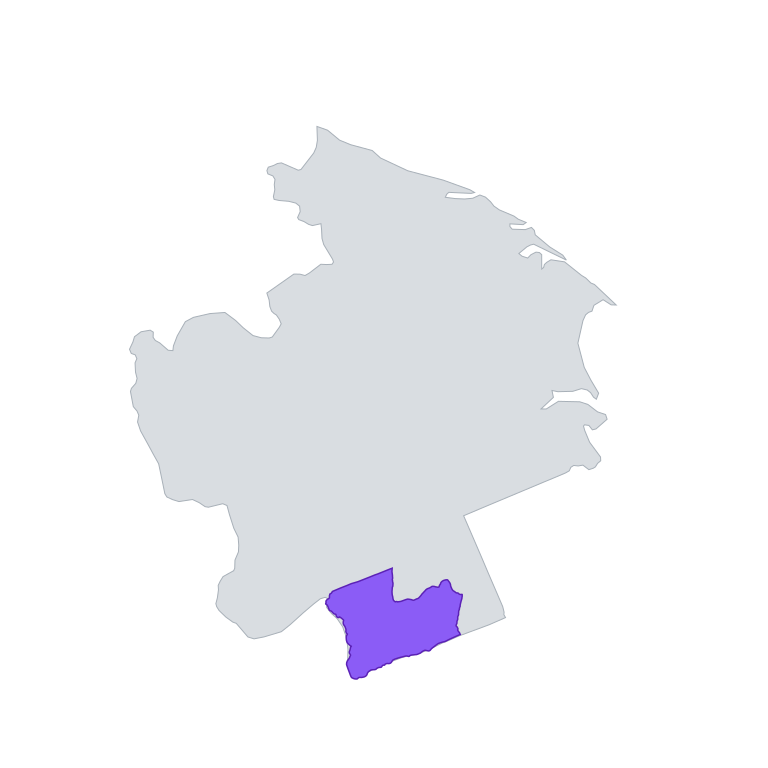 Haut-Ntem, Wouleu-Ntem, Gabon (highlighted), rotated 157°
{"feature_id": "22940354B67631152101375", "entity_name": "Haut-Ntem", "entity_type": "district", "adm_level": 2, "iso_a3": "GAB", "parent_name": "Gabon", "parent_adm1": "Wouleu-Ntem", "projection": "orthographic", "projection_center": [12.589, 1.764], "detail": "fine", "context": "in_parent", "style": "filled", "palette": "violet", "viewbox_px": 768, "rotation_deg": 157, "n_neighbors": 0, "source": "geoboundaries", "source_scale": "gbopen_adm2", "svg_char_len": 7841}
<svg xmlns="http://www.w3.org/2000/svg" viewBox="0 0 768 768"><g transform="rotate(157 384 384)"><path d="M528.0,133.2L527.6,139.2L520.9,153.7L517.7,164.8L516.9,176.7L518.8,186.3L522.0,193.1L524.1,200.6L522.5,205.8L519.3,208.0L521.5,210.6L526.4,211.2L534.7,209.0L547.5,205.0L564.2,199.2L575.3,196.1L593.4,198.1L603.2,200.2L608.1,204.3L613.5,221.4L616.2,223.9L620.6,231.2L624.3,239.9L625.0,244.4L624.6,247.5L620.9,252.3L616.8,259.2L615.3,263.4L611.8,266.5L607.4,269.6L595.3,270.9L593.4,272.7L590.0,280.1L583.6,286.3L580.7,292.3L578.1,300.1L578.6,309.9L577.3,324.0L576.0,333.5L579.2,336.8L593.8,339.2L596.6,341.0L600.4,346.9L605.4,352.5L618.7,355.9L623.8,360.2L628.0,364.8L628.6,368.6L625.5,383.9L622.6,398.6L623.8,409.7L624.8,420.4L626.4,435.9L625.7,445.3L621.9,451.1L621.9,455.6L623.6,461.1L620.3,476.2L618.2,478.7L612.2,481.6L609.1,485.6L608.1,492.0L604.9,500.7L601.6,503.9L601.6,508.0L604.7,510.9L604.7,515.4L598.7,520.8L595.2,525.0L587.2,527.0L578.2,524.9L576.1,521.9L578.3,517.2L577.5,513.4L574.4,509.5L569.5,499.4L565.3,497.2L562.9,501.4L555.5,509.1L542.5,519.0L533.4,519.8L516.6,516.8L502.5,512.0L495.8,500.5L491.7,490.9L485.7,479.8L478.9,474.5L471.7,471.2L468.5,470.9L458.2,477.1L455.1,479.6L455.1,484.7L456.1,489.6L457.7,491.9L459.0,495.0L458.8,499.9L456.9,506.3L456.3,513.5L424.0,520.4L418.4,517.9L414.3,514.7L409.4,515.3L395.4,518.9L390.2,516.4L385.1,514.5L382.8,516.0L382.6,519.1L385.0,535.9L384.2,542.2L381.1,550.6L379.4,556.2L388.0,557.8L391.1,560.5L394.1,564.7L398.2,568.6L398.5,571.0L393.8,575.4L392.2,580.7L394.5,585.0L400.3,589.4L408.8,593.9L413.0,596.9L412.6,599.7L408.6,605.5L407.1,610.4L404.4,614.9L405.0,619.0L408.8,622.8L408.4,626.2L405.8,628.8L400.5,628.3L396.0,628.6L392.0,627.6L379.4,614.3L376.6,613.9L358.4,624.1L353.9,628.3L350.1,634.3L345.1,647.3L336.8,639.7L329.6,625.8L321.2,617.3L303.6,603.5L298.9,593.4L278.8,571.0L249.9,548.6L229.0,529.2L225.8,524.9L229.3,525.4L249.5,535.1L252.2,534.1L254.6,531.9L245.9,526.8L237.5,522.8L229.7,520.3L221.9,520.5L217.6,516.4L214.7,510.1L213.3,504.8L209.8,499.2L198.7,487.7L196.0,483.2L190.0,477.1L193.6,476.3L205.5,482.2L206.6,479.8L205.5,476.4L193.6,470.9L187.1,470.5L185.6,466.7L186.5,462.2L177.9,445.4L169.1,432.8L167.7,426.8L191.6,454.2L194.8,454.7L199.0,454.4L208.9,451.4L207.0,447.7L202.5,443.8L198.2,445.6L192.6,446.0L189.6,444.3L188.3,441.5L193.9,428.2L191.5,428.9L189.7,431.3L186.6,432.4L181.8,433.1L170.1,425.9L159.7,406.7L156.9,402.8L154.1,396.1L151.4,393.4L139.4,366.0L144.0,368.1L149.4,376.0L160.0,374.4L164.1,369.8L167.7,370.0L171.4,368.9L176.1,364.6L189.6,345.8L193.2,321.0L192.0,306.3L190.0,291.7L194.5,287.0L196.3,290.1L197.2,295.3L199.3,299.1L204.1,302.6L213.1,303.5L227.0,309.0L231.9,312.4L233.3,305.5L249.2,299.7L244.4,297.6L230.2,299.9L210.7,291.1L204.3,285.5L198.3,274.9L192.0,269.3L192.4,264.4L206.4,259.8L210.1,260.4L211.6,265.8L215.4,268.1L216.8,267.3L217.4,262.7L217.5,250.1L213.2,232.2L214.5,228.7L218.4,227.5L221.8,225.1L224.2,224.7L228.9,225.1L231.3,229.3L232.6,231.6L237.3,232.7L241.2,234.9L244.6,234.3L247.4,231.7L251.6,231.2L264.3,231.2L275.8,231.3L298.8,231.4L321.8,231.5L344.8,231.6L362.2,231.6L362.1,221.4L362.0,205.6L361.9,186.9L361.9,168.9L361.8,152.3L361.7,132.7L362.6,127.1L363.8,124.8L363.4,121.5L381.2,121.3L413.4,122.8L427.5,122.6L431.5,122.8L449.1,121.9L463.3,123.1L469.4,124.5L474.9,125.2L491.9,126.0L514.2,125.0L521.8,125.2L526.0,127.9L528.0,133.2Z" fill="#d9dde1" stroke="#a8b0b8" stroke-width="1"/><path d="M394.3,159.7L394.5,159.9L395.1,160.1L395.9,160.4L396.4,160.7L396.9,161.2L397.1,161.8L397.2,162.1L397.7,162.8L398.2,163.0L399.1,163.5L399.6,164.4L400.0,165.1L400.5,165.9L401.0,166.5L401.4,167.6L401.6,168.8L401.6,170.1L401.6,171.2L401.5,172.3L401.2,173.2L401.1,174.2L401.1,175.1L401.4,176.6L401.7,177.7L401.9,178.6L402.2,179.0L403.1,179.4L403.8,179.6L405.1,179.8L406.2,179.9L407.8,179.6L409.0,179.1L409.8,178.4L410.3,177.7L411.5,177.1L411.9,176.6L412.3,176.1L412.6,175.8L413.0,175.7L413.9,175.9L414.6,176.4L415.7,177.1L416.5,177.8L417.5,178.4L418.2,178.7L418.7,178.9L419.5,178.9L420.4,178.6L421.9,178.5L424.2,178.6L425.9,178.2L426.8,177.7L428.0,177.2L429.5,176.5L431.0,175.9L432.6,174.9L433.6,174.4L434.7,173.9L435.9,173.4L436.7,173.3L437.4,173.4L438.3,173.4L439.1,173.4L440.6,173.3L441.6,173.5L442.2,174.0L442.9,174.7L444.1,175.5L445.4,176.3L446.4,176.8L448.0,177.0L449.7,177.1L451.7,177.2L453.4,177.3L454.2,177.5L455.3,177.8L456.6,178.1L457.0,178.6L457.5,178.9L458.2,179.0L458.8,179.1L459.3,180.0L459.8,181.2L459.6,182.9L459.1,184.8L458.8,186.7L458.4,188.0L457.7,189.9L456.6,192.0L455.7,193.7L454.9,194.4L454.4,195.4L454.1,196.0L453.5,197.3L453.4,198.4L453.0,199.6L452.7,200.9L451.9,201.9L451.5,203.2L450.9,204.8L450.4,206.7L449.9,208.4L448.4,211.3L453.1,211.4L458.9,211.5L464.2,211.6L466.7,211.8L473.0,211.9L485.2,212.2L488.7,212.6L492.1,213.0L496.7,213.0L503.8,213.2L510.9,213.2L512.6,213.2L513.3,212.6L514.3,212.0L515.9,211.8L516.4,211.1L516.9,210.5L517.2,209.8L517.5,209.1L517.8,208.5L518.4,208.2L519.3,208.0L520.2,207.9L521.2,207.5L521.8,207.2L522.3,206.7L522.6,205.9L522.8,205.3L523.5,204.6L523.5,204.0L523.2,203.7L522.7,202.8L522.6,201.9L522.6,200.3L522.7,198.9L522.7,197.3L522.3,196.4L521.6,195.9L521.1,195.2L520.8,194.3L520.4,193.2L520.0,192.2L519.6,191.7L518.9,191.3L518.3,190.7L518.5,189.7L518.6,188.8L518.4,188.1L518.0,187.4L517.3,186.8L516.8,186.6L516.2,187.0L515.8,186.8L515.5,186.4L515.2,185.9L514.8,185.3L514.4,184.5L514.0,183.7L513.6,182.9L513.5,182.4L513.7,181.9L514.1,181.5L514.6,180.7L514.9,180.0L515.1,179.3L515.2,178.6L515.1,177.7L514.9,177.1L514.8,176.3L514.7,175.6L514.8,174.8L514.8,173.9L514.9,173.0L515.3,172.1L515.5,171.6L515.8,171.2L515.9,170.7L515.9,170.2L515.9,169.5L515.8,168.8L515.4,168.2L515.7,167.7L516.7,167.2L517.3,166.4L517.9,165.3L518.4,163.9L518.7,162.9L518.9,161.5L518.9,160.3L518.7,159.5L518.3,158.4L517.8,157.4L517.3,156.3L516.7,155.7L516.7,155.2L517.4,155.0L517.8,154.5L518.5,153.5L519.6,152.0L520.4,151.3L520.8,150.6L521.0,149.9L521.0,149.3L520.8,148.5L520.7,147.9L520.7,147.5L521.1,147.1L522.0,146.3L522.8,145.4L524.0,144.6L525.2,143.9L526.1,143.3L527.2,142.1L528.0,140.6L528.2,139.3L528.4,136.0L528.6,131.1L528.7,129.4L528.7,127.3L528.5,126.4L528.1,125.9L527.5,125.2L526.6,124.3L525.3,123.5L524.4,123.1L523.9,123.0L522.9,123.3L522.3,123.6L521.7,123.6L520.7,123.3L520.1,123.0L519.2,122.6L517.8,122.3L516.6,122.1L515.1,122.2L513.8,122.7L512.9,123.5L512.0,124.5L510.8,125.2L509.0,125.6L507.7,125.8L506.6,125.6L505.6,125.2L504.5,124.8L503.7,124.6L503.0,124.5L501.8,125.0L500.7,125.1L499.7,125.1L498.7,124.8L497.8,124.5L497.2,124.4L496.7,124.6L496.3,124.9L495.8,125.2L495.2,125.5L494.4,125.5L493.8,125.1L493.1,125.1L492.8,125.4L492.2,125.7L490.8,125.6L490.1,125.4L489.2,124.9L488.3,124.6L487.3,124.5L486.5,124.7L486.0,124.9L485.3,125.4L484.5,126.0L483.6,126.4L482.7,126.5L481.5,126.5L480.0,126.4L477.8,126.2L476.0,126.0L474.2,125.7L472.7,125.5L471.5,125.3L470.3,125.1L469.2,124.7L468.3,124.0L467.6,123.5L467.0,123.5L466.6,123.7L465.9,123.9L464.9,123.8L463.9,123.6L462.7,123.2L461.2,122.7L459.7,122.2L458.4,122.1L456.5,122.1L455.4,122.1L454.5,122.4L453.5,122.7L452.3,122.9L450.9,123.0L449.9,122.7L449.1,122.1L448.4,121.6L447.6,121.0L446.7,120.7L445.6,120.8L444.7,121.3L443.5,121.9L442.0,122.3L440.8,122.6L438.5,123.2L437.1,123.6L435.2,123.9L432.2,123.7L429.9,123.4L428.4,123.1L426.8,123.2L424.2,123.4L415.9,123.6L411.9,123.6L411.7,123.6L411.7,125.7L412.1,126.9L412.3,127.8L412.3,128.8L411.7,129.5L411.5,130.1L411.6,131.3L411.7,132.1L412.1,132.7L412.1,133.3L411.6,134.1L411.1,134.6L410.5,135.1L410.0,136.1L409.6,137.0L408.6,138.0L408.0,138.7L407.5,140.0L407.0,141.1L406.0,141.9L405.3,142.9L404.9,144.0L404.3,145.0L404.0,145.8L403.4,146.4L402.8,146.9L402.5,147.5L402.0,148.3L401.4,149.0L400.7,149.7L400.4,150.5L399.8,151.4L398.7,152.9L397.8,154.1L396.2,156.0L395.6,157.1L395.1,157.8L394.6,158.9L394.3,159.7L394.3,159.7Z" fill="#8b5cf6" stroke="#5b21b6" stroke-width="1.5"/></g></svg>